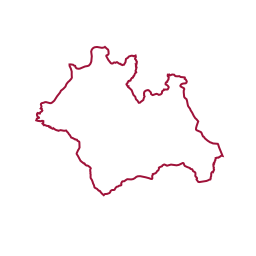 the district of Poni, Poni, Burkina Faso, rotated 239°
{"feature_id": "67063806B8041269423759", "entity_name": "Poni", "entity_type": "district", "adm_level": 2, "iso_a3": "BFA", "parent_name": "Burkina Faso", "parent_adm1": "Poni", "projection": "natural_earth1", "projection_center": [-3.327, 10.311], "detail": "fine", "context": "isolated", "style": "outline", "palette": "rose", "viewbox_px": 256, "rotation_deg": 239, "n_neighbors": 0, "source": "geoboundaries", "source_scale": "gbopen_adm2", "svg_char_len": 5842}
<svg xmlns="http://www.w3.org/2000/svg" viewBox="0 0 256 256"><g transform="rotate(239 128 128)"><path d="M82.9,72.6L83.3,73.9L83.2,74.4L82.3,76.1L81.8,78.6L82.1,79.6L82.8,80.3L83.0,80.8L83.1,81.8L83.0,82.5L82.2,83.8L82.0,84.6L83.1,86.6L83.4,87.8L83.4,88.3L83.0,89.2L83.1,90.7L82.5,92.2L82.5,92.8L82.8,93.1L84.1,93.7L85.1,95.4L85.0,96.1L84.3,97.4L84.5,99.3L84.5,100.9L84.3,101.3L82.3,104.2L81.6,106.0L81.5,107.9L81.8,109.9L81.7,110.7L81.6,111.4L80.9,112.8L80.2,113.9L76.7,117.7L74.1,120.2L72.8,121.2L72.0,122.2L72.4,123.0L74.4,124.0L75.1,125.1L75.7,125.5L75.4,126.1L75.5,126.3L75.1,128.0L75.2,129.3L76.0,130.6L76.1,132.2L77.8,134.3L78.1,134.3L78.0,135.9L77.7,137.1L77.7,137.5L78.2,138.3L78.1,140.2L77.1,141.1L76.7,141.2L76.4,141.6L75.6,142.0L74.5,146.0L71.0,150.4L70.2,152.6L69.8,156.9L69.5,157.3L69.0,157.5L66.9,157.1L66.2,157.2L64.1,158.6L62.2,160.1L61.6,160.5L60.8,160.5L59.5,161.8L57.5,161.6L55.9,162.5L55.1,162.7L53.9,162.2L52.3,161.0L51.4,161.0L50.0,161.4L49.2,161.2L48.8,160.3L48.4,160.2L45.6,160.5L44.9,161.3L42.2,168.0L41.9,169.8L41.8,171.6L41.5,172.1L42.1,172.9L43.2,173.5L43.9,174.5L45.4,175.4L45.8,175.9L46.3,176.0L46.9,177.2L47.0,178.6L46.7,178.6L47.9,180.3L48.9,180.4L49.7,181.2L50.4,181.2L51.0,181.4L51.5,181.9L52.3,182.0L52.6,182.2L52.8,183.3L53.1,183.5L53.7,183.3L54.0,183.9L54.0,184.5L54.9,185.3L55.2,186.1L56.2,186.7L56.6,187.7L57.0,187.8L56.8,188.2L56.8,189.0L56.4,189.5L56.3,190.0L56.0,190.3L56.2,190.6L56.0,191.6L56.2,192.8L56.2,193.6L55.9,194.2L55.4,194.7L64.5,196.1L67.5,196.8L68.2,196.8L71.0,192.9L72.6,191.8L73.3,191.1L76.2,189.7L79.7,188.5L80.6,188.6L81.8,188.3L82.2,187.9L86.1,188.5L87.1,188.3L90.6,185.8L91.6,185.5L92.9,186.3L94.6,188.1L97.5,191.6L100.3,191.2L101.8,190.7L104.5,190.6L108.1,190.9L110.9,190.8L112.5,191.1L115.6,190.8L116.9,191.1L120.7,192.5L122.5,193.0L124.7,192.2L125.8,192.2L130.0,194.2L131.4,195.1L132.4,196.3L133.3,196.4L136.5,194.5L137.2,194.6L137.9,195.7L138.0,196.7L137.8,197.9L136.6,200.5L136.8,201.5L137.7,202.4L139.9,202.5L140.9,201.9L142.0,202.7L142.3,202.5L144.6,199.4L146.0,198.7L146.6,197.4L147.8,195.6L148.4,195.2L149.9,195.0L151.1,193.4L151.4,191.4L152.0,190.9L152.7,190.8L152.8,190.1L153.2,189.6L152.5,189.0L151.9,188.8L151.2,189.3L150.5,189.1L150.0,188.4L149.5,188.3L148.8,187.7L148.0,185.9L147.5,185.6L147.5,185.1L147.3,184.9L147.5,184.1L147.2,183.5L146.6,183.0L146.0,182.7L145.3,183.2L144.0,183.8L142.4,184.0L142.0,183.9L141.6,183.5L140.7,182.0L140.8,181.4L142.4,178.7L142.0,178.5L142.0,176.6L141.9,176.3L141.5,175.8L140.6,175.2L140.1,174.3L140.0,173.2L140.5,171.5L141.6,170.9L142.5,170.2L142.9,169.0L143.4,166.4L143.6,166.0L145.1,165.3L146.8,165.9L149.6,165.2L150.2,164.7L150.4,164.2L150.8,162.8L150.8,162.0L150.7,160.9L150.1,160.2L149.6,159.6L148.7,159.3L147.9,158.6L146.5,158.5L145.8,157.3L144.1,155.5L143.8,152.1L143.6,151.6L143.6,151.2L144.1,150.2L146.7,150.2L148.2,149.7L148.9,149.7L151.0,150.3L153.7,149.7L158.4,150.6L160.7,150.1L160.8,150.0L161.8,149.7L162.9,149.2L163.6,149.9L164.2,149.2L166.1,149.1L166.4,149.3L166.6,150.5L167.1,150.9L167.5,151.5L167.5,152.5L168.0,152.8L167.7,153.9L167.4,154.3L167.4,154.7L168.1,155.3L168.9,157.1L168.7,157.6L168.7,158.4L169.5,159.0L169.7,159.7L169.6,160.1L171.2,162.1L171.4,163.1L171.4,163.7L172.0,163.9L173.0,163.8L174.6,165.7L175.1,165.8L175.6,166.6L176.2,166.3L176.7,166.5L177.0,166.9L177.4,167.0L177.9,167.1L178.0,167.5L178.4,167.6L178.1,167.9L179.0,168.8L179.6,169.0L180.0,169.7L180.9,169.8L181.5,169.6L182.0,169.9L183.5,169.6L183.8,169.9L184.2,170.0L184.5,170.7L184.5,170.9L184.7,171.2L185.4,171.6L186.2,171.8L186.2,171.1L186.7,170.2L186.8,169.5L187.5,169.2L188.2,168.2L188.7,166.2L188.8,165.4L188.2,163.8L188.3,162.7L188.2,161.8L185.7,159.7L184.3,157.0L184.8,156.1L184.8,155.6L185.1,155.3L185.6,155.2L186.2,154.6L186.9,154.6L187.1,154.1L187.5,153.7L190.1,152.5L190.3,151.9L190.3,150.9L191.3,149.9L191.4,149.4L191.2,148.1L191.6,147.3L192.4,146.7L196.5,146.2L200.8,146.4L201.1,146.6L201.3,146.9L201.1,148.7L201.6,149.6L203.8,150.8L204.1,150.8L204.9,151.2L205.8,151.2L206.3,150.9L209.4,150.0L209.3,149.2L210.1,147.0L213.4,143.2L214.3,141.2L214.5,139.7L214.3,138.6L213.8,137.3L212.5,135.8L208.1,133.9L203.8,130.7L202.4,128.8L201.7,126.7L201.9,125.4L202.9,122.8L203.7,117.3L204.4,115.9L205.5,114.7L206.8,114.3L208.5,114.7L209.3,113.9L210.5,113.5L212.0,111.7L212.6,110.6L211.3,109.9L208.3,109.6L205.3,108.8L202.7,107.2L200.2,105.9L199.5,105.0L198.5,101.9L198.4,100.8L197.7,98.7L197.1,97.5L195.7,95.7L194.9,92.8L194.5,89.7L193.4,88.0L191.7,83.5L189.4,78.9L188.9,76.1L189.0,74.8L189.6,73.8L192.4,71.1L192.9,70.2L193.1,68.8L193.7,66.9L193.6,66.0L193.0,65.4L191.1,65.0L190.1,63.9L189.3,64.0L189.3,63.4L189.0,63.6L187.1,63.6L186.7,62.9L186.6,60.8L186.4,60.3L185.8,60.0L186.2,59.1L187.0,58.8L187.4,58.4L187.2,57.6L186.5,56.9L185.3,56.4L183.8,56.6L182.9,57.1L182.6,57.0L183.0,54.7L182.6,54.4L181.8,53.3L180.2,54.7L180.0,55.3L179.0,56.2L178.4,58.1L177.9,58.4L177.8,58.8L177.5,59.0L176.0,58.0L176.0,57.0L175.6,57.0L175.2,57.3L174.5,57.2L174.2,57.5L173.7,57.4L173.4,58.2L171.5,59.6L171.1,60.3L170.5,61.1L169.9,60.9L169.2,61.0L168.5,61.6L168.6,62.1L167.7,62.0L166.1,63.1L166.2,63.7L165.9,63.9L166.0,64.0L163.9,64.9L162.6,65.9L162.1,66.6L161.5,66.8L160.9,69.1L158.5,71.8L157.7,73.7L156.4,73.8L154.8,74.2L152.9,74.2L151.9,74.5L149.1,74.4L147.5,75.7L147.0,75.8L146.0,76.7L145.5,76.7L144.2,78.2L143.2,78.1L141.4,79.1L140.7,78.9L136.2,76.4L135.2,74.9L134.7,73.8L132.9,71.2L132.4,70.7L131.9,70.6L130.1,70.7L124.3,70.4L124.0,70.6L123.3,70.7L121.7,71.4L120.9,71.6L120.2,72.4L119.9,72.5L119.6,72.2L117.7,72.8L117.1,73.2L116.8,73.8L116.0,74.4L113.6,75.3L112.6,75.3L111.7,74.1L110.2,73.3L109.5,73.1L108.2,72.2L107.5,72.1L105.0,70.5L104.0,70.2L102.3,70.3L100.3,70.0L98.3,69.5L96.7,69.4L94.3,68.7L93.7,68.9L91.8,70.1L89.4,70.6L88.8,71.3L88.4,71.5L88.0,71.4L87.6,71.6L87.1,71.5L85.1,71.9L82.9,72.6Z" fill="none" stroke="#9f1239" stroke-width="2"/></g></svg>